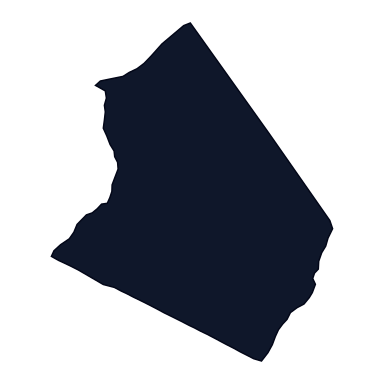 Carrasco Bonito, Tocantins, Brazil (Albers equal-area conic projection)
{"feature_id": "56859067B48669193450299", "entity_name": "Carrasco Bonito", "entity_type": "district", "adm_level": 2, "iso_a3": "BRA", "parent_name": "Brazil", "parent_adm1": "Tocantins", "projection": "albers", "projection_center": [-48.022, -5.331], "detail": "fine", "context": "isolated", "style": "filled", "palette": "ink", "viewbox_px": 384, "rotation_deg": 0, "n_neighbors": 0, "source": "geoboundaries", "source_scale": "gbopen_adm2", "svg_char_len": 1149}
<svg xmlns="http://www.w3.org/2000/svg" viewBox="0 0 384 384"><path d="M261.5,361.0L267.9,352.7L272.3,344.7L275.3,336.6L278.4,329.8L282.7,324.0L287.0,319.4L290.4,312.6L297.0,307.7L304.0,304.0L309.2,297.7L312.3,292.6L315.4,284.3L312.7,278.5L314.5,273.1L318.3,269.1L318.7,261.3L321.7,252.7L325.7,246.1L328.0,238.1L332.6,228.7L329.8,220.5L268.8,133.1L190.3,23.0L183.7,25.6L162.0,43.9L151.2,56.0L144.1,63.4L136.9,68.8L129.3,72.4L123.0,76.4L110.1,79.0L100.4,81.0L95.5,85.4L105.3,90.9L106.4,98.1L104.4,105.3L105.3,111.9L104.4,120.1L103.3,128.2L106.8,135.9L110.1,144.5L114.1,151.0L114.7,156.7L117.6,162.3L118.1,169.1L115.0,177.2L112.1,184.9L111.9,191.4L109.9,197.5L107.3,203.3L101.6,204.1L97.1,208.9L92.2,212.9L86.4,214.9L82.2,219.2L77.1,224.4L73.9,232.2L69.3,238.8L60.6,244.7L54.0,250.7L51.4,256.4L58.8,260.5L69.9,265.7L78.2,269.9L103.3,284.5L114.4,287.4L121.3,291.1L126.3,293.4L133.0,296.9L144.7,302.6L155.4,308.1L164.3,312.9L173.1,317.2L181.1,321.2L189.4,325.5L194.3,327.8L200.9,331.3L206.8,334.1L215.4,338.6L221.9,342.1L226.8,344.7L233.5,348.1L240.2,351.8L247.7,355.6L253.7,358.7L261.5,361.0Z" fill="#0f172a" stroke="#020617" stroke-width="1.5"/></svg>